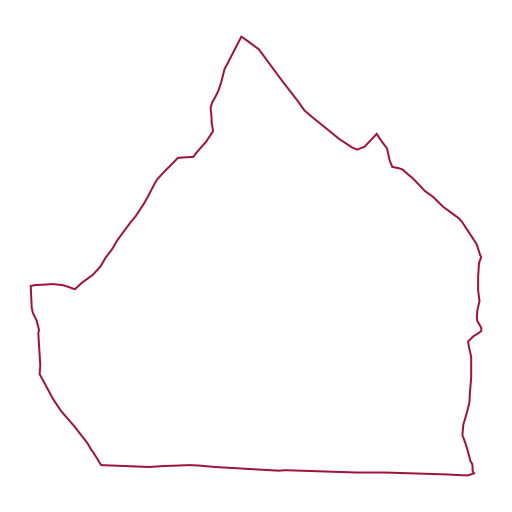 Al-Daur, Sala ad-Din, Iraq (Equal Earth projection)
{"feature_id": "34846034B11462984737824", "entity_name": "Al-Daur", "entity_type": "district", "adm_level": 2, "iso_a3": "IRQ", "parent_name": "Iraq", "parent_adm1": "Sala ad-Din", "projection": "equal_earth", "projection_center": [44.202, 34.56], "detail": "fine", "context": "isolated", "style": "outline", "palette": "rose", "viewbox_px": 512, "rotation_deg": 0, "n_neighbors": 0, "source": "geoboundaries", "source_scale": "gbopen_adm2", "svg_char_len": 1724}
<svg xmlns="http://www.w3.org/2000/svg" viewBox="0 0 512 512"><path d="M376.7,133.8L374.2,136.6L364.4,146.8L357.1,149.6L352.0,147.4L339.1,138.9L325.9,128.1L311.8,116.8L304.5,110.5L298.1,101.5L297.2,100.3L282.3,81.1L266.6,59.8L258.8,49.3L242.6,37.4L241.3,36.7L227.4,63.8L224.6,68.8L221.1,82.7L218.3,91.0L214.8,97.9L212.4,102.0L210.7,107.1L210.7,108.9L211.4,115.8L211.7,123.2L213.1,131.0L206.5,141.2L196.0,153.2L193.3,156.9L186.0,157.3L178.0,157.8L164.4,171.6L157.1,179.4L154.7,183.6L148.4,195.6L144.6,202.5L135.9,215.9L130.6,222.3L124.0,231.1L116.7,241.2L112.5,248.6L105.5,257.8L100.7,266.1L97.5,269.8L92.7,274.9L81.9,282.8L74.9,289.2L66.9,286.4L62.7,285.1L53.0,284.1L44.6,284.6L34.9,285.1L30.7,286.0L31.1,294.3L31.7,307.7L32.8,312.7L36.6,320.6L39.0,329.8L38.3,333.1L40.3,365.8L39.6,374.1L47.9,389.4L52.8,398.6L61.1,411.1L74.0,425.9L87.6,443.4L91.0,449.4L93.5,452.7L101.1,465.1L149.2,467.0L162.4,466.1L189.9,465.1L199.7,465.6L215.0,467.0L246.4,468.8L278.7,470.7L285.7,470.2L356.1,472.5L384.3,472.5L416.3,473.5L445.6,474.4L463.3,475.3L468.2,475.3L474.0,473.3L472.6,470.9L472.6,467.4L472.2,463.9L470.4,461.0L469.5,457.4L467.8,451.0L466.4,446.3L464.2,439.9L462.4,435.2L463.3,424.7L466.8,412.9L468.6,405.9L469.5,401.8L469.9,393.0L471.2,377.2L471.2,366.1L471.2,356.8L469.0,347.4L468.1,341.5L473.3,336.3L477.3,333.9L481.3,331.0L481.3,328.1L479.5,324.6L477.3,321.1L476.9,317.6L477.3,310.5L479.5,301.2L478.1,290.1L478.1,284.2L478.1,277.2L479.0,263.2L481.1,257.2L479.9,254.3L479.0,251.4L476.5,243.9L462.2,222.2L459.1,218.5L443.4,207.0L433.0,196.8L424.6,190.8L418.7,184.4L412.4,177.9L408.9,175.2L402.7,169.6L399.2,168.3L392.3,166.9L389.8,160.9L387.0,148.4L381.1,140.6L376.7,133.8Z" fill="none" stroke="#9f1239" stroke-width="2"/></svg>